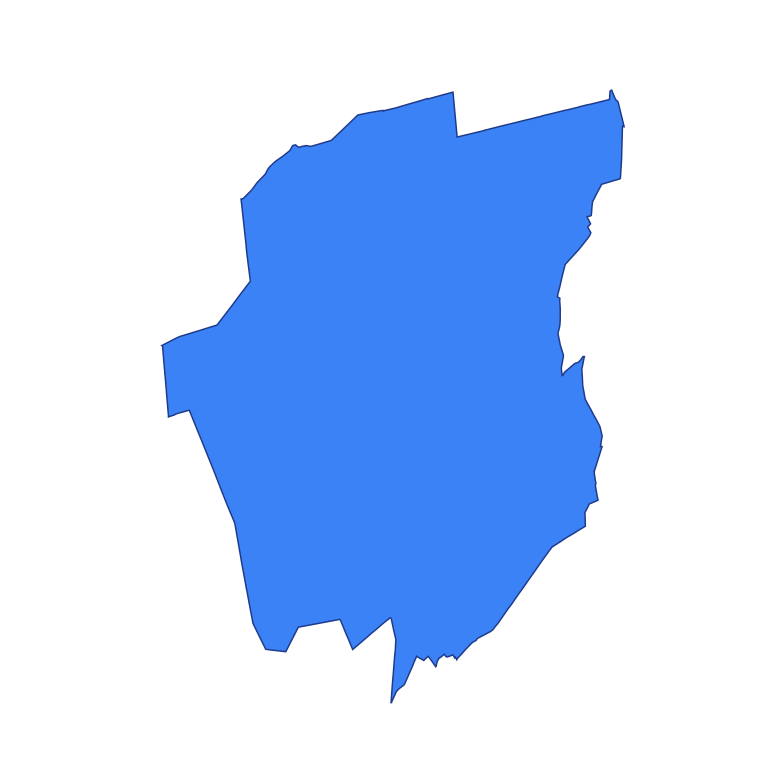 the district of Ukru pag., Auces, Latvia, rotated 96°
{"feature_id": "27541924B12844420955317", "entity_name": "Ukru pag.", "entity_type": "district", "adm_level": 2, "iso_a3": "LVA", "parent_name": "Latvia", "parent_adm1": "Auces", "projection": "natural_earth1", "projection_center": [23.1, 56.359], "detail": "fine", "context": "isolated", "style": "filled", "palette": "blue", "viewbox_px": 768, "rotation_deg": 96, "n_neighbors": 0, "source": "geoboundaries", "source_scale": "gbopen_adm2", "svg_char_len": 5120}
<svg xmlns="http://www.w3.org/2000/svg" viewBox="0 0 768 768"><g transform="rotate(96 384 384)"><path d="M484.7,168.3L482.7,167.6L482.1,167.6L481.9,167.3L477.2,159.0L472.5,160.5L472.3,160.5L471.1,160.9L466.4,162.2L462.2,163.3L460.8,162.8L460.5,162.9L458.3,163.6L453.0,165.0L449.0,165.9L449.0,165.7L448.8,165.7L423.5,160.6L423.4,160.6L423.6,162.2L423.2,162.1L422.6,162.1L421.2,162.0L418.1,161.9L412.9,161.6L412.5,161.7L410.9,162.3L406.0,164.0L403.6,164.9L401.6,166.2L397.9,168.7L395.3,170.5L392.3,172.7L391.9,172.9L391.4,173.2L387.6,175.7L385.7,177.1L381.7,179.9L378.2,182.2L378.0,182.3L374.8,183.3L370.5,184.5L365.9,185.9L364.8,186.2L364.2,186.3L361.4,186.7L356.3,187.5L352.3,188.2L349.5,188.6L348.2,188.8L344.3,188.4L339.7,188.0L336.7,187.7L336.1,187.7L335.8,187.6L335.8,188.4L335.9,188.8L336.1,189.1L336.7,189.5L338.4,190.3L339.6,191.0L340.7,191.8L341.8,192.8L342.5,193.7L343.1,195.1L343.6,196.3L344.1,196.9L345.3,198.0L347.2,199.8L349.6,202.0L351.3,203.7L353.3,205.6L353.9,205.9L354.7,206.3L356.2,206.8L356.6,207.1L357.0,207.7L355.4,208.1L350.3,209.2L348.8,209.3L342.1,208.8L338.2,208.5L336.8,208.6L335.4,209.0L334.5,209.5L329.7,211.5L326.7,212.8L325.5,213.2L324.0,213.6L320.0,214.9L317.0,215.8L316.0,216.1L315.0,216.2L314.1,216.1L313.3,216.0L310.1,215.5L309.1,215.4L308.4,215.3L305.0,215.3L302.9,215.4L301.9,215.5L300.1,215.6L297.7,215.9L295.7,216.1L294.3,216.2L292.2,216.4L291.4,216.5L290.6,216.6L284.4,217.7L282.5,218.0L281.9,218.0L280.4,218.0L279.2,220.7L276.2,220.4L268.8,219.3L266.9,219.1L259.5,218.2L258.4,218.1L246.2,216.3L241.1,212.6L236.0,208.8L230.3,204.6L223.2,200.0L220.0,198.0L216.7,196.0L215.2,195.1L211.9,194.1L206.6,197.9L203.1,195.3L196.7,199.4L196.3,199.5L195.8,198.1L195.7,197.1L195.4,196.6L194.7,195.5L190.3,195.5L190.1,195.6L185.1,195.7L180.6,195.6L178.6,194.7L176.3,193.8L174.8,193.3L162.6,188.4L155.4,171.1L154.9,170.4L136.1,171.2L118.2,172.6L102.8,173.8L102.7,173.8L103.1,172.1L102.9,172.1L79.0,180.7L76.6,183.6L67.9,188.3L68.8,189.6L69.2,189.8L77.5,189.5L84.6,209.1L84.6,209.6L87.7,218.3L88.1,218.9L92.6,231.4L92.7,232.1L97.2,244.5L100.7,254.5L100.8,254.9L101.2,255.3L107.8,273.7L114.1,291.2L121.3,311.0L121.5,311.2L121.6,311.3L127.7,328.5L130.6,336.7L130.7,337.1L105.6,342.1L86.5,345.9L91.0,357.5L95.9,370.0L95.5,370.5L97.8,375.8L103.4,389.6L103.5,389.8L107.8,400.2L108.0,400.6L111.7,411.2L112.2,412.5L112.7,413.1L112.0,413.7L112.1,414.0L115.5,426.4L115.6,426.7L119.2,438.1L125.1,443.1L135.9,452.2L147.3,461.9L154.7,480.0L154.9,480.6L155.5,482.2L155.3,482.8L155.1,485.3L155.1,487.1L155.9,488.1L155.8,489.3L157.3,492.7L157.0,494.7L155.4,496.9L156.4,499.7L158.6,500.7L161.9,502.2L165.8,506.2L167.5,507.8L173.1,514.3L175.2,516.4L179.0,519.6L181.4,521.4L182.2,521.8L187.2,523.8L187.9,524.1L196.8,531.1L198.4,532.1L204.8,535.8L213.3,542.6L214.5,543.6L214.9,545.2L215.0,545.5L222.7,543.8L260.1,535.7L264.0,535.0L265.1,534.8L283.7,530.5L295.4,527.7L295.8,527.7L305.9,533.9L310.9,536.9L319.5,542.0L319.9,542.2L342.8,556.2L350.5,574.1L354.6,583.7L358.2,592.3L360.7,596.4L366.1,604.6L369.0,609.0L369.4,608.3L370.5,608.0L397.3,602.9L397.6,602.8L407.9,600.8L419.6,598.6L438.9,594.9L439.0,594.9L439.3,594.9L437.0,590.1L436.7,589.4L436.7,589.1L436.3,588.9L436.1,588.7L434.3,585.0L434.0,584.1L433.9,583.8L433.9,583.7L430.4,574.9L451.5,563.7L458.7,559.8L473.6,551.9L487.5,544.5L503.4,536.3L503.5,536.3L503.7,536.2L521.5,526.9L521.9,526.7L522.0,526.6L538.1,517.8L553.5,513.4L578.6,506.3L579.2,506.1L592.3,502.2L593.1,502.0L602.4,499.3L603.2,499.0L624.1,492.8L635.9,489.2L642.6,485.0L660.2,473.9L660.4,466.5L660.4,466.4L660.4,461.3L660.5,453.7L634.8,443.8L630.5,429.4L630.1,428.0L622.7,403.3L622.8,403.0L623.1,402.8L636.6,395.5L641.2,392.9L651.3,387.4L638.1,374.9L636.0,372.9L633.8,371.0L629.6,366.8L621.4,359.1L619.0,356.6L616.1,353.7L616.0,352.9L616.2,352.4L626.1,349.2L635.1,346.1L636.7,345.5L637.4,345.4L640.1,345.4L641.0,345.3L647.9,344.9L648.2,344.9L649.2,345.0L652.8,345.0L671.0,344.5L681.3,344.3L696.8,343.8L700.1,343.7L700.1,343.2L698.8,343.0L693.9,341.3L689.1,339.7L688.7,339.5L688.1,339.1L686.0,337.6L685.5,337.2L681.3,332.8L681.0,332.5L680.6,332.3L680.0,332.1L673.9,330.1L667.9,328.2L662.4,326.4L657.8,325.1L653.3,323.7L651.4,323.0L651.6,322.8L653.2,319.2L654.8,315.5L652.9,314.1L650.2,311.4L651.7,310.1L657.2,305.2L659.8,303.0L659.4,302.7L654.5,302.1L654.4,302.1L651.5,300.9L651.1,300.8L651.1,300.5L646.7,295.9L646.5,295.7L648.7,293.8L648.8,292.3L646.2,287.1L648.9,285.2L648.7,285.1L648.1,284.7L650.6,282.8L649.4,282.4L647.1,280.7L644.4,278.6L639.6,275.2L632.4,269.6L631.0,268.1L630.3,266.9L629.3,265.6L628.0,265.0L626.9,264.0L624.2,259.8L622.8,257.8L618.9,252.0L616.9,250.0L612.3,247.2L611.5,246.5L610.2,245.7L594.2,236.9L589.7,234.1L585.0,231.6L578.8,228.2L571.2,223.8L565.5,220.7L558.7,216.9L553.9,214.2L548.6,211.3L541.2,207.2L533.9,203.0L532.1,202.0L530.8,201.1L529.3,200.3L528.8,199.9L528.5,199.7L527.3,198.2L524.8,195.1L521.7,191.3L519.8,188.9L519.6,189.0L519.1,188.3L518.0,186.8L516.5,184.8L513.6,180.9L512.7,179.6L511.4,178.1L508.4,174.2L506.1,171.1L504.4,168.9L497.8,169.7L491.2,170.7L490.7,170.6L490.3,170.5L484.7,168.3Z" fill="#3b82f6" stroke="#1e3a8a" stroke-width="1.5"/></g></svg>